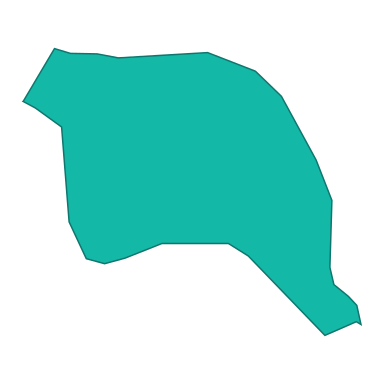 outline of Kep
{"feature_id": "KHM-1798", "entity_name": "Kep", "entity_type": "Province", "adm_level": 1, "iso_a3": "KHM", "parent_name": "Cambodia", "parent_adm1": "", "projection": "orthographic", "projection_center": [104.354, 10.511], "detail": "fine", "context": "isolated", "style": "filled", "palette": "teal", "viewbox_px": 384, "rotation_deg": 0, "n_neighbors": 0, "source": "natural_earth", "source_scale": "10m", "svg_char_len": 464}
<svg xmlns="http://www.w3.org/2000/svg" viewBox="0 0 384 384"><path d="M361.0,324.5L356.3,321.7L324.9,335.4L248.3,256.0L228.4,243.5L161.9,243.5L125.1,258.1L104.6,263.7L86.3,258.7L69.1,221.9L61.6,127.0L35.2,107.9L23.0,101.4L23.5,100.9L54.5,48.6L70.5,53.4L97.1,53.9L118.3,57.9L207.6,52.6L255.4,71.2L281.4,96.3L316.1,160.0L331.9,200.4L329.9,267.4L333.9,284.6L348.4,296.4L356.8,305.4L360.9,324.1L361.0,324.5Z" fill="#14b8a6" stroke="#0f766e" stroke-width="1.5"/></svg>